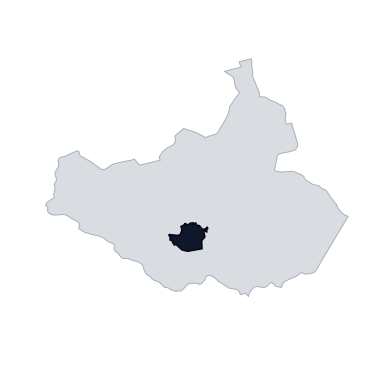 Wulu, Lakes, South Sudan (highlighted), rotated 346°
{"feature_id": "79223893B61000747889625", "entity_name": "Wulu", "entity_type": "district", "adm_level": 2, "iso_a3": "SSD", "parent_name": "South Sudan", "parent_adm1": "Lakes", "projection": "albers", "projection_center": [29.335, 6.219], "detail": "fine", "context": "in_parent", "style": "filled", "palette": "ink", "viewbox_px": 384, "rotation_deg": 346, "n_neighbors": 0, "source": "geoboundaries", "source_scale": "gbopen_adm2", "svg_char_len": 4349}
<svg xmlns="http://www.w3.org/2000/svg" viewBox="0 0 384 384"><g transform="rotate(346 192 192)"><path d="M303.9,287.3L293.2,298.2L292.5,298.8L291.1,299.7L286.8,299.7L282.3,299.2L278.2,296.5L274.0,298.7L271.3,299.4L269.8,299.6L266.0,300.0L260.8,301.2L258.4,302.6L257.1,303.8L256.1,305.9L255.6,306.1L254.6,305.9L253.2,305.0L250.4,303.8L249.0,301.2L247.7,299.6L246.6,298.7L242.2,301.4L240.0,302.0L238.3,302.0L235.0,300.5L231.5,299.2L229.6,299.2L226.9,300.8L223.8,303.2L222.2,305.6L221.4,307.0L220.3,304.8L219.3,303.5L217.7,303.0L214.8,303.5L214.0,302.8L213.9,300.9L213.4,299.2L212.7,298.0L210.4,296.7L204.4,294.1L199.9,289.0L197.6,286.6L195.9,285.0L193.5,281.0L190.8,278.2L187.5,276.9L185.3,277.5L183.1,280.5L178.9,283.3L177.0,283.4L174.5,281.9L171.4,280.8L165.8,280.4L163.5,281.7L160.5,283.8L158.0,285.1L156.4,285.2L154.9,284.7L153.2,284.5L151.8,284.4L148.8,282.4L147.2,281.0L146.2,279.6L144.5,278.7L142.6,277.9L141.2,276.6L140.5,275.1L139.4,273.1L137.9,271.3L133.4,268.1L132.0,266.2L131.1,264.4L129.2,262.3L127.3,259.6L126.6,255.6L126.6,252.4L126.2,250.9L125.3,249.4L124.4,248.2L122.8,246.7L119.1,244.7L115.3,242.2L113.4,240.8L110.0,240.3L107.9,238.9L106.2,235.9L105.5,233.5L103.7,231.7L103.0,230.3L102.6,228.7L104.0,224.0L102.0,222.3L99.0,220.1L96.8,217.7L95.5,215.5L91.7,212.6L83.3,208.2L78.4,205.4L75.8,202.9L73.5,200.5L73.3,199.5L74.8,197.1L75.0,195.1L73.8,192.9L68.8,188.7L64.8,184.2L61.8,182.7L54.5,181.4L52.4,180.9L50.2,180.0L48.1,177.9L47.3,175.5L48.4,171.6L47.8,170.4L46.5,170.1L46.9,169.3L48.3,167.4L50.6,166.2L56.6,164.3L57.0,163.6L57.1,161.2L57.6,160.0L59.7,156.7L60.0,155.4L60.1,152.5L60.4,151.2L61.0,150.2L62.7,148.6L63.3,147.6L63.6,145.4L63.4,141.0L64.3,139.3L68.1,135.5L69.2,133.7L69.5,132.1L69.5,130.5L69.7,129.0L70.9,127.5L71.8,127.0L74.6,126.5L76.5,126.9L89.9,124.3L91.5,124.6L92.1,126.2L92.1,128.8L92.3,130.0L93.0,130.9L95.1,132.1L96.6,134.1L97.3,134.9L99.5,136.3L109.3,147.9L112.1,149.0L114.9,148.6L120.3,146.3L123.0,145.7L141.8,146.4L144.0,146.1L146.9,151.9L148.3,153.3L169.0,153.4L168.6,151.7L168.9,149.9L172.6,146.3L173.1,145.9L176.3,144.2L179.4,143.0L185.4,141.7L187.6,139.6L188.8,137.7L188.8,133.9L189.6,133.3L191.1,132.4L198.0,129.0L199.2,128.3L211.5,136.2L218.4,142.4L218.8,142.7L219.1,142.8L219.5,142.6L219.8,142.3L220.6,142.0L223.6,141.9L229.2,141.6L231.0,140.8L242.1,129.7L244.9,126.1L245.7,125.4L247.3,122.9L249.0,118.5L249.3,118.1L261.5,107.6L261.9,106.8L262.0,106.1L260.1,102.6L259.7,100.9L259.6,98.1L260.0,93.9L259.8,91.2L259.7,90.5L259.6,90.3L252.7,82.8L269.9,82.6L270.0,81.6L269.9,81.3L269.6,80.4L269.4,79.2L269.4,78.5L269.5,77.9L269.5,77.5L269.4,77.2L269.5,77.0L281.9,77.1L281.7,79.2L280.3,84.3L280.3,87.3L280.0,90.8L279.6,91.8L278.9,92.7L278.7,93.1L278.7,93.5L281.4,112.9L281.3,113.7L280.6,115.0L280.4,115.4L280.4,115.7L280.7,115.9L286.4,117.9L286.7,118.1L286.9,118.2L289.0,120.7L300.3,129.9L300.7,130.3L301.9,133.2L302.0,133.7L302.0,134.4L302.0,134.9L301.8,136.7L301.9,137.4L302.1,138.0L302.2,138.6L302.1,139.2L300.5,142.5L299.9,144.9L299.8,147.0L299.9,148.1L300.1,148.9L300.3,149.2L300.4,149.3L305.3,149.2L305.3,150.3L306.1,167.9L306.1,169.9L305.9,172.4L305.4,173.4L304.0,174.8L302.3,176.1L297.9,176.4L294.2,176.4L291.6,176.2L288.1,176.1L284.7,176.4L283.5,177.5L279.2,186.9L277.8,189.2L277.5,190.6L277.9,191.4L279.6,192.6L283.4,194.2L287.8,195.1L291.0,195.5L293.3,196.0L295.0,196.5L301.2,200.7L303.2,202.6L304.3,204.4L304.6,206.2L305.5,208.1L311.1,213.9L316.5,216.6L318.6,219.7L320.6,221.2L322.5,222.9L323.5,225.3L325.9,232.3L327.6,236.0L329.2,239.0L329.9,243.9L331.2,246.1L332.5,248.8L334.7,251.2L337.0,253.0L337.5,253.5L314.4,276.7L303.9,287.3Z" fill="#d9dde1" stroke="#a8b0b8" stroke-width="1"/><path d="M198.1,229.8L197.3,230.1L196.8,231.1L194.7,230.9L192.7,230.6L192.5,229.3L191.0,226.4L189.8,225.8L189.6,226.6L188.8,226.6L188.9,225.7L187.9,224.6L188.4,223.4L188.1,222.9L187.1,223.3L185.7,222.3L185.0,223.3L184.4,223.2L184.5,222.0L182.8,221.8L179.7,223.0L177.9,220.9L177.3,220.9L176.6,221.9L172.9,222.8L173.1,224.4L172.7,227.0L170.4,230.3L167.6,230.7L159.9,227.8L159.1,228.1L159.9,231.3L159.0,233.1L159.8,233.7L160.6,234.3L161.8,239.0L164.0,239.4L168.3,245.8L170.3,246.9L173.4,248.5L181.8,249.1L188.0,249.5L188.2,248.6L189.6,241.6L193.7,238.7L193.8,232.8L195.5,232.7L195.9,234.0L196.9,234.2L196.6,232.7L198.4,231.4L198.5,230.5L198.1,229.8Z" fill="#0f172a" stroke="#020617" stroke-width="1.5"/></g></svg>